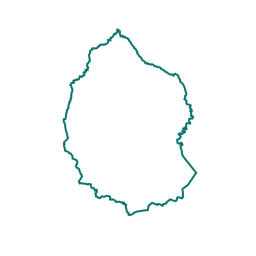 Krong Pa, Gia Lai, Vietnam (Robinson projection), rotated 327°
{"feature_id": "81297802B51008955299030", "entity_name": "Krong Pa", "entity_type": "district", "adm_level": 2, "iso_a3": "VNM", "parent_name": "Vietnam", "parent_adm1": "Gia Lai", "projection": "robinson", "projection_center": [108.704, 13.235], "detail": "fine", "context": "isolated", "style": "outline", "palette": "teal", "viewbox_px": 256, "rotation_deg": 327, "n_neighbors": 0, "source": "geoboundaries", "source_scale": "gbopen_adm2", "svg_char_len": 5772}
<svg xmlns="http://www.w3.org/2000/svg" viewBox="0 0 256 256"><g transform="rotate(327 128 128)"><path d="M57.3,148.2L58.6,148.6L59.7,150.0L60.8,150.6L63.6,153.3L63.7,153.6L64.8,153.6L66.1,154.9L66.0,155.3L65.5,155.8L65.3,156.7L65.0,157.3L65.2,158.7L65.4,159.1L66.7,160.1L66.3,162.1L66.3,162.7L67.2,163.1L67.5,163.0L67.9,162.7L68.0,162.8L67.2,164.7L64.9,165.2L64.8,166.5L63.8,167.7L63.9,168.1L64.6,168.8L65.2,170.4L66.0,171.4L66.4,171.6L68.1,171.1L68.9,171.1L70.3,172.5L71.1,172.9L72.9,173.2L73.7,173.7L75.2,175.3L75.5,175.8L75.3,176.5L74.2,177.8L74.0,178.2L74.1,178.5L76.1,179.4L76.7,180.0L77.7,181.9L77.8,182.3L77.5,183.0L77.7,183.6L78.9,184.0L79.4,184.6L80.3,184.9L80.9,185.4L81.5,186.3L82.0,186.8L82.6,188.3L82.9,187.8L83.3,187.7L84.0,188.5L83.5,189.9L84.6,191.1L84.7,191.4L83.8,192.3L83.2,192.6L83.0,193.6L82.6,194.5L82.4,195.5L81.4,197.8L82.2,199.9L82.0,200.3L81.3,200.8L81.2,201.1L82.0,202.1L85.0,202.7L87.4,202.3L88.6,202.8L90.0,202.9L92.3,204.1L95.6,205.4L99.8,207.6L100.1,207.5L101.1,206.3L102.1,205.6L102.4,204.8L102.9,204.4L107.4,203.9L109.8,207.0L110.4,208.3L111.1,208.4L111.9,208.0L112.2,208.2L113.1,209.4L114.4,211.8L114.7,212.1L115.0,212.1L116.2,211.0L117.6,211.7L119.0,212.1L119.3,211.5L119.6,211.3L124.8,210.9L125.2,211.9L125.9,212.7L126.5,213.7L127.5,214.6L128.4,215.1L129.3,215.3L131.2,213.3L132.1,213.3L132.3,213.4L134.1,215.2L134.9,216.4L136.2,216.0L136.7,215.7L136.9,215.2L136.9,214.5L138.0,213.6L138.7,212.4L140.4,208.8L147.3,208.4L159.0,203.4L160.8,202.8L159.0,184.8L158.9,182.4L158.9,180.1L160.5,176.8L160.7,175.6L161.2,174.7L162.0,172.0L162.1,171.8L162.5,171.9L163.2,171.1L164.0,171.7L164.6,171.7L164.9,170.6L164.8,169.8L164.3,169.0L162.7,169.1L161.7,168.4L161.5,167.4L161.7,166.6L162.5,165.4L162.6,164.9L163.3,164.5L164.0,165.0L164.8,165.0L166.6,164.6L167.5,164.0L167.6,163.5L167.0,161.2L167.4,160.5L168.0,160.4L168.5,160.6L169.0,161.1L169.4,162.2L169.9,162.5L170.5,162.6L170.8,162.3L171.9,160.3L172.3,160.9L172.6,162.3L172.9,162.6L173.4,162.6L173.7,162.1L173.9,160.0L173.8,158.9L174.0,158.5L176.1,158.8L176.2,159.2L175.9,160.3L176.2,160.9L176.5,160.9L176.8,160.3L177.4,158.2L177.8,157.6L178.4,157.4L179.3,156.1L179.9,156.0L180.8,156.7L181.6,156.8L182.2,158.0L182.6,158.1L182.8,158.0L182.9,157.7L183.0,156.2L183.3,154.8L183.8,154.2L184.8,153.7L185.6,154.0L186.0,154.6L187.1,155.1L187.8,154.8L188.7,154.0L188.7,153.5L187.6,152.5L187.6,151.7L188.1,151.1L188.8,150.7L189.3,149.9L189.4,149.4L189.3,148.1L189.7,147.5L190.0,147.3L190.5,148.4L190.8,148.5L190.9,148.4L191.2,147.3L191.1,146.0L190.8,145.0L190.8,144.6L191.2,144.1L192.5,143.8L192.8,143.2L192.6,142.4L191.6,141.3L190.8,140.7L190.5,140.2L190.4,139.4L190.6,138.7L191.3,138.1L191.7,137.2L191.6,135.9L191.0,134.6L191.5,134.2L192.6,134.0L192.8,133.6L192.8,132.9L193.3,132.2L194.4,132.1L195.5,131.3L197.7,124.0L197.9,122.2L198.0,121.0L197.7,119.5L197.0,118.0L197.6,116.3L198.1,115.7L197.9,115.3L198.2,112.1L198.7,111.4L198.1,110.0L197.0,108.1L196.0,108.2L194.8,108.9L194.5,108.9L194.1,107.1L193.4,106.4L192.5,106.2L191.4,104.1L190.7,102.0L190.0,101.3L189.8,100.0L189.2,98.8L189.1,98.1L188.0,96.9L188.2,95.8L187.8,94.9L186.7,93.4L186.0,92.8L185.8,92.2L185.3,92.2L185.1,91.8L183.8,90.4L183.8,89.0L182.9,87.6L182.0,87.6L181.2,86.4L180.8,86.3L180.4,85.5L179.7,85.2L179.7,84.1L178.3,83.8L177.8,82.7L178.2,81.6L178.0,80.8L177.0,79.1L177.2,76.1L177.2,75.6L176.6,74.4L176.6,71.3L176.3,70.3L177.4,69.3L177.2,68.4L177.2,66.7L177.4,66.2L177.2,65.1L176.7,64.3L177.2,63.6L177.2,63.0L176.7,61.7L176.6,59.3L176.5,58.9L176.9,58.0L176.5,55.6L176.5,55.0L176.9,54.2L176.9,53.6L176.4,53.0L176.3,52.1L175.5,51.6L174.9,49.6L173.8,49.5L173.8,48.7L173.4,48.4L173.7,47.7L171.9,47.3L171.6,47.1L172.5,45.4L172.5,43.8L173.1,43.7L173.6,42.9L173.2,42.4L173.3,42.2L173.7,41.9L173.4,41.6L173.4,40.5L173.2,40.1L172.8,39.6L172.6,39.6L171.8,40.7L171.5,41.6L168.9,42.1L168.6,42.5L168.2,42.3L168.1,41.7L167.9,41.6L167.8,42.2L166.3,42.3L165.0,43.1L163.8,43.1L163.1,43.5L162.2,43.0L161.5,43.9L161.2,44.9L161.0,45.1L160.5,44.8L159.4,43.3L158.8,44.0L158.0,45.2L156.6,45.8L155.2,45.5L154.8,45.2L153.9,45.5L152.0,44.2L151.6,43.6L151.1,43.4L150.4,43.6L149.8,43.1L149.4,43.1L148.5,43.8L147.8,43.7L147.2,43.3L146.8,43.7L145.5,44.1L145.0,44.0L144.5,43.8L144.1,43.4L143.0,43.1L142.6,42.7L142.3,42.1L141.8,41.8L141.3,41.8L141.1,41.8L140.5,42.7L138.8,42.6L138.0,42.8L137.5,43.6L137.2,44.5L136.0,45.0L134.8,45.8L134.3,47.2L132.6,51.0L131.0,51.1L130.5,51.6L129.8,52.0L128.6,52.1L128.0,53.1L127.4,53.6L127.5,54.5L127.4,56.0L126.3,56.0L125.7,57.4L124.1,56.3L124.0,56.7L123.7,57.0L123.5,57.8L122.5,57.8L121.6,57.2L121.1,57.2L120.8,57.5L121.0,57.9L120.9,58.6L120.6,59.4L120.2,59.9L119.3,59.7L118.7,59.9L118.3,59.6L116.9,59.9L116.7,59.7L116.5,59.0L115.8,58.4L115.4,58.7L114.7,59.4L113.2,60.4L112.3,60.1L111.5,59.3L110.4,59.6L109.9,59.1L108.5,58.6L107.9,58.7L108.0,59.8L107.5,60.0L107.0,60.6L106.2,59.9L105.5,59.9L105.1,59.5L103.1,60.4L103.0,60.8L103.3,61.7L102.6,63.8L102.6,64.8L101.8,66.3L101.5,66.7L100.0,67.5L99.1,68.9L98.1,69.6L97.4,71.1L96.7,71.9L95.9,71.9L95.1,73.5L94.9,73.6L93.8,73.8L93.2,74.0L93.0,74.9L92.3,75.0L90.4,76.6L89.7,77.7L89.4,78.0L89.2,78.6L87.6,79.5L86.8,79.5L86.4,79.7L85.8,80.9L84.2,82.2L82.8,83.7L82.3,84.7L80.8,85.7L80.3,86.4L79.9,86.0L79.5,86.0L79.0,85.7L77.9,87.0L77.5,87.9L77.5,89.1L77.1,90.8L76.8,91.7L75.7,93.2L72.1,103.9L70.1,104.5L66.9,105.1L66.0,105.9L65.9,106.3L66.1,106.9L65.1,107.4L64.7,108.0L63.7,111.3L62.8,112.5L63.9,114.2L64.7,115.2L64.9,116.4L64.8,117.0L65.7,117.7L66.0,118.1L66.2,119.8L66.0,121.2L65.7,122.4L64.9,123.3L65.3,124.0L66.5,125.6L66.8,126.5L67.4,127.3L67.2,128.7L66.9,129.2L65.7,130.1L65.6,130.5L64.3,130.9L63.5,132.1L63.4,133.3L63.6,133.7L64.4,134.6L64.6,136.2L64.2,136.7L63.3,140.9L63.5,141.8L63.3,143.4L61.1,144.6L57.6,146.1L57.3,148.2Z" fill="none" stroke="#0f766e" stroke-width="2"/></g></svg>